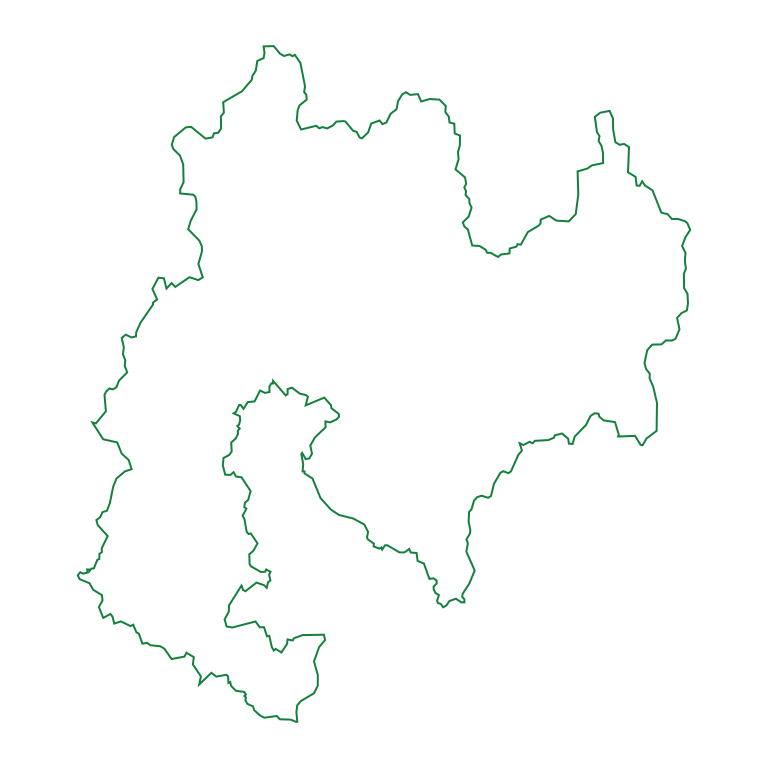 outline of Yen Son, Tuyên Quang, Vietnam
{"feature_id": "81297802B74193371644879", "entity_name": "Yen Son", "entity_type": "district", "adm_level": 2, "iso_a3": "VNM", "parent_name": "Vietnam", "parent_adm1": "Tuyên Quang", "projection": "equal_earth", "projection_center": [105.29, 21.864], "detail": "fine", "context": "isolated", "style": "outline", "palette": "green", "viewbox_px": 768, "rotation_deg": 0, "n_neighbors": 0, "source": "geoboundaries", "source_scale": "gbopen_adm2", "svg_char_len": 6082}
<svg xmlns="http://www.w3.org/2000/svg" viewBox="0 0 768 768"><path d="M185.9,127.3L174.2,137.0L171.8,144.7L173.2,148.9L179.9,155.5L183.2,164.4L183.6,182.2L180.2,189.3L180.2,193.5L193.3,194.7L195.2,196.5L196.4,201.2L196.6,209.3L190.7,220.8L188.2,229.2L199.3,240.6L201.8,246.1L202.0,251.3L198.4,264.0L202.8,277.3L198.3,280.1L189.5,277.2L175.3,286.9L171.5,283.1L166.5,288.5L163.9,278.3L158.4,277.7L152.4,289.0L157.2,299.5L153.1,302.5L153.0,304.6L140.5,322.7L136.2,332.3L136.0,336.4L131.5,337.4L125.8,334.7L121.7,337.9L123.8,347.1L123.0,354.4L125.3,360.3L124.7,365.6L127.2,372.4L119.0,380.6L116.4,387.3L112.7,389.4L109.4,388.4L106.1,391.6L104.5,394.9L105.9,411.3L95.9,423.4L92.4,422.5L103.2,439.3L117.2,442.4L121.7,453.6L128.7,460.0L131.6,469.2L124.9,471.4L116.6,478.4L113.2,486.6L109.9,503.0L107.0,510.7L102.6,512.1L100.1,517.2L96.4,520.1L97.7,525.0L107.7,536.1L101.7,548.3L101.9,552.1L99.4,553.9L99.3,559.0L97.3,559.9L93.8,568.5L91.3,568.6L89.5,571.1L89.4,569.6L87.2,569.4L87.4,572.6L83.3,573.6L80.2,572.3L77.8,575.3L79.7,579.2L89.5,583.2L93.2,589.8L101.9,595.1L102.5,600.5L98.9,607.0L103.2,617.9L110.5,614.0L112.6,616.8L114.2,623.6L120.8,621.4L130.6,626.1L133.2,624.7L136.4,632.3L138.9,633.7L142.4,643.7L147.0,642.8L150.6,645.3L160.1,646.2L164.4,648.7L171.6,659.0L184.5,656.6L186.4,652.7L193.8,657.1L192.9,664.5L200.9,676.4L199.2,684.5L211.4,672.8L216.4,676.6L226.5,674.8L228.1,676.5L228.4,683.0L230.2,682.0L231.1,685.9L236.0,690.8L244.3,691.9L245.9,694.5L244.4,696.0L246.0,697.6L245.3,700.2L247.3,703.8L253.0,706.4L254.2,710.2L260.1,715.5L264.2,717.7L276.8,716.0L279.9,719.3L290.6,719.6L296.2,721.9L297.3,721.7L296.4,712.2L297.2,705.4L300.8,701.1L314.1,693.2L317.8,685.5L317.8,674.9L314.0,661.4L319.1,647.1L325.1,640.0L323.9,634.7L302.7,635.1L294.0,638.2L292.7,640.5L287.6,639.4L287.0,644.0L281.4,652.5L275.7,648.9L273.8,650.6L271.8,647.0L269.3,635.8L267.0,636.3L264.0,627.2L259.8,627.3L255.5,621.5L232.3,627.5L226.7,626.5L224.6,619.4L228.8,611.7L229.1,605.2L241.5,585.6L243.1,590.0L245.5,591.2L256.5,582.6L263.9,585.1L266.7,587.8L268.1,582.2L270.4,580.5L269.1,574.6L270.5,571.8L266.2,569.5L265.2,571.7L260.9,572.0L250.9,566.3L249.6,564.0L249.3,554.3L253.3,550.8L257.5,543.4L250.8,533.4L248.6,534.0L246.7,531.9L244.5,519.4L242.6,515.6L246.4,508.7L244.3,507.0L244.9,502.8L248.2,499.9L250.6,491.1L241.5,477.3L236.0,476.5L233.6,472.2L230.4,474.9L225.2,474.7L222.8,465.4L223.5,458.0L229.3,454.9L231.7,451.6L231.2,442.6L235.7,438.5L238.1,433.8L237.7,430.9L239.7,428.5L237.3,426.0L239.0,424.7L240.2,420.1L239.8,416.1L233.6,413.3L236.0,411.8L239.1,405.0L240.9,405.1L243.5,408.8L247.8,402.1L254.6,401.4L260.1,390.5L264.9,392.9L269.5,392.0L269.4,386.6L271.3,383.4L273.0,383.5L273.1,380.9L285.7,395.4L287.6,394.1L287.6,389.1L292.0,387.7L299.7,393.6L306.1,395.1L307.9,396.8L305.7,405.4L324.2,397.6L331.0,405.2L331.4,408.2L338.8,413.9L339.0,416.8L336.4,419.5L330.1,422.4L325.4,421.4L325.6,427.2L314.9,437.5L310.3,445.6L312.0,453.6L309.3,458.5L305.6,459.0L302.2,452.9L301.3,454.0L303.2,464.0L302.6,471.4L304.5,471.4L304.5,473.4L312.5,478.5L320.5,498.0L330.7,509.4L338.8,514.9L353.2,518.5L364.3,524.5L368.1,531.9L367.0,537.3L367.8,539.4L374.0,543.7L373.6,546.4L379.4,548.6L381.2,547.4L382.2,549.6L384.9,545.4L387.2,545.2L399.5,552.4L404.5,552.4L409.2,549.0L410.8,552.5L416.6,553.0L417.6,560.9L423.9,563.5L429.4,578.9L433.5,578.3L436.6,580.6L436.7,583.4L433.6,586.6L433.7,589.3L435.4,592.9L438.9,595.1L437.1,600.6L437.9,603.1L440.7,603.8L443.2,607.3L446.6,605.3L449.3,601.1L455.9,598.7L461.2,602.3L464.4,602.4L464.4,599.4L462.2,596.8L462.7,593.7L469.3,583.6L474.7,570.5L466.3,551.5L467.9,543.3L466.4,539.5L469.9,533.7L470.4,530.1L468.6,521.8L469.1,512.0L471.5,509.2L474.0,500.7L477.1,497.2L481.6,495.7L488.1,497.8L491.0,496.0L494.0,483.7L500.4,472.8L503.3,471.2L508.4,473.2L511.0,471.3L518.3,454.9L521.9,450.6L519.7,443.2L523.4,445.0L529.6,441.8L532.5,443.3L535.0,440.8L548.2,440.1L554.0,437.7L554.8,435.3L562.0,433.5L568.2,438.7L568.9,443.6L572.6,444.0L574.7,436.6L586.0,425.0L590.5,416.0L594.5,413.3L598.5,413.7L599.4,416.8L603.8,420.4L615.0,422.1L618.8,434.7L618.1,436.5L635.1,435.9L640.6,444.9L642.6,445.2L646.6,438.4L656.6,430.9L657.0,402.8L653.1,386.4L649.6,378.4L649.8,373.8L646.1,368.9L644.5,363.1L647.2,350.3L652.1,344.6L661.5,344.4L665.9,340.4L671.9,340.6L675.5,338.8L679.5,329.3L677.1,317.9L681.5,313.1L686.9,310.4L688.0,303.3L687.5,293.8L684.1,288.1L683.9,273.7L685.9,268.7L684.9,260.5L685.5,252.8L682.1,246.1L685.4,237.3L690.2,229.9L687.4,223.2L685.0,221.2L678.0,218.9L672.0,219.1L667.5,214.1L661.4,212.7L652.5,190.4L644.9,185.4L642.2,181.3L639.6,185.8L636.6,185.5L635.6,176.9L628.0,172.3L629.0,147.2L624.2,143.9L619.7,144.8L615.4,142.3L613.1,129.3L613.0,118.5L609.6,110.9L600.2,112.7L594.8,116.9L597.0,132.2L599.5,136.1L598.6,141.0L601.5,145.9L603.0,153.3L603.1,163.1L591.9,165.4L587.5,168.5L577.6,171.4L578.3,194.7L575.7,214.2L568.7,221.4L556.3,220.6L549.2,215.9L540.7,219.6L540.5,223.5L538.7,225.6L527.8,232.1L520.9,244.6L517.5,244.2L516.5,246.6L509.7,248.5L509.5,253.4L501.0,254.5L498.0,257.0L490.6,252.8L487.2,252.8L485.5,249.6L479.6,246.0L472.2,245.5L467.9,229.5L464.4,226.5L462.8,222.4L468.6,216.7L471.6,207.7L469.4,202.9L469.3,199.1L465.6,195.0L466.0,191.2L464.3,187.3L466.2,183.8L465.0,177.4L455.5,169.4L458.6,159.2L458.0,151.9L459.8,145.9L460.0,135.6L454.7,133.4L454.3,123.7L449.5,122.5L448.8,116.7L445.3,111.9L445.8,105.9L439.4,99.6L429.6,99.0L421.2,101.5L417.9,94.1L410.2,94.9L405.9,92.2L402.1,94.5L398.1,101.1L396.5,109.2L390.6,113.8L386.4,122.5L382.4,124.1L379.6,120.5L371.3,123.5L368.0,132.6L361.9,138.4L359.6,137.5L356.7,131.9L353.0,130.7L345.4,121.5L343.3,121.1L336.3,121.6L333.2,125.3L327.3,128.4L322.5,127.1L319.2,128.3L316.3,125.8L301.1,129.5L296.7,120.7L297.7,110.1L299.5,105.4L306.7,99.6L306.3,94.7L304.2,92.2L305.0,86.2L300.4,62.9L294.8,54.8L292.6,56.3L289.6,54.4L284.0,56.0L280.0,53.7L273.7,46.1L263.6,46.4L264.5,53.0L263.6,58.1L257.3,60.9L255.8,70.6L252.4,75.9L251.8,79.7L242.2,91.1L223.2,102.2L223.9,112.7L220.9,116.3L221.1,128.4L218.3,132.7L214.0,133.3L212.5,137.4L205.5,138.6L191.2,126.9L185.9,127.3Z" fill="none" stroke="#15803d" stroke-width="2"/></svg>